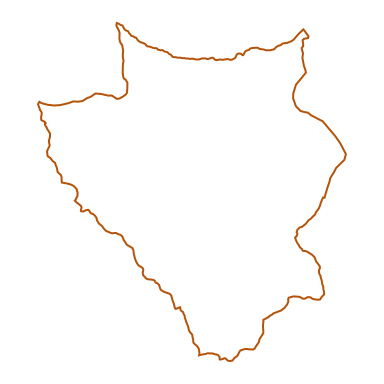 Ura, Bumthang, Bhutan (orthographic projection)
{"feature_id": "84629894B11205688340318", "entity_name": "Ura", "entity_type": "district", "adm_level": 2, "iso_a3": "BTN", "parent_name": "Bhutan", "parent_adm1": "Bumthang", "projection": "orthographic", "projection_center": [90.899, 27.459], "detail": "fine", "context": "isolated", "style": "outline", "palette": "amber", "viewbox_px": 384, "rotation_deg": 0, "n_neighbors": 0, "source": "geoboundaries", "source_scale": "gbopen_adm2", "svg_char_len": 5855}
<svg xmlns="http://www.w3.org/2000/svg" viewBox="0 0 384 384"><path d="M47.1,151.3L47.0,151.9L47.3,153.1L47.4,155.0L47.8,156.3L50.5,158.1L52.6,161.0L55.1,162.8L55.7,165.1L56.6,167.1L57.2,169.1L57.2,170.1L57.5,170.7L57.6,172.1L60.8,174.9L61.6,177.1L61.6,181.2L61.8,182.5L68.0,183.7L71.5,184.8L72.8,185.5L74.1,186.3L75.9,188.4L76.5,188.8L76.8,189.5L76.9,190.7L77.4,191.7L77.6,192.7L77.5,195.7L77.1,196.8L76.4,197.9L75.6,200.0L74.8,200.5L75.2,201.1L76.1,202.0L80.9,205.8L81.5,207.3L81.3,208.7L80.9,209.7L80.9,210.7L81.0,211.2L82.7,211.5L83.6,211.4L86.3,210.1L87.1,209.9L88.2,209.8L88.8,210.2L89.2,210.7L90.6,213.0L91.3,213.5L92.8,213.9L93.5,214.3L95.3,216.1L96.5,217.9L97.0,220.3L98.7,223.3L102.3,226.4L103.7,228.5L105.7,230.6L106.4,231.1L109.0,232.1L110.6,232.9L112.4,233.3L115.3,232.9L116.7,233.3L117.6,233.9L120.5,234.9L121.4,235.6L122.4,236.6L123.9,240.3L125.0,241.8L126.8,244.7L127.4,245.2L129.1,246.0L130.9,247.2L132.4,248.0L133.4,250.2L133.8,253.9L134.6,256.9L134.6,257.6L135.2,259.1L135.9,261.1L137.4,263.8L138.1,264.9L138.7,265.6L141.2,267.0L142.7,268.1L143.3,269.9L143.2,270.8L142.7,272.2L142.8,273.0L143.2,275.1L143.6,275.8L145.0,277.0L145.4,277.5L145.5,278.0L146.6,278.8L148.6,279.4L149.6,279.4L152.8,279.8L154.0,280.2L154.7,280.8L155.2,281.8L155.5,282.4L156.0,282.8L157.4,283.3L158.4,284.3L159.0,284.8L160.3,288.9L161.5,290.5L162.5,290.8L164.0,291.9L168.4,293.3L169.4,293.7L170.4,294.4L171.4,295.9L172.4,299.9L173.7,303.3L174.3,305.5L174.8,307.7L175.5,308.9L176.0,308.9L179.4,307.4L180.2,307.3L180.6,310.0L181.3,310.9L183.0,312.1L183.3,312.6L183.6,314.0L184.6,315.5L184.8,317.8L185.5,319.4L186.4,322.3L188.0,326.2L189.0,330.5L190.2,332.5L192.0,334.4L192.4,335.5L192.6,337.7L193.1,338.9L193.2,341.2L193.5,342.7L195.0,344.4L196.1,345.2L197.1,346.2L198.6,348.4L198.9,349.2L199.4,352.6L199.4,354.3L199.1,355.3L201.2,354.7L205.4,354.0L206.1,353.7L207.8,353.3L212.8,353.5L214.9,354.3L215.9,354.4L217.5,354.8L218.4,355.4L219.6,357.2L219.6,359.1L220.0,359.6L222.6,359.1L223.1,358.9L223.5,358.5L224.3,358.3L224.8,358.3L225.5,358.4L227.3,360.2L228.2,360.7L229.6,361.0L232.3,360.6L232.8,360.2L234.5,357.8L236.6,356.5L237.4,355.8L239.7,351.3L240.7,350.3L241.8,349.9L243.3,349.5L244.6,349.1L246.7,349.0L248.7,349.3L253.2,349.5L254.1,349.0L255.2,347.9L255.7,346.7L258.8,342.2L259.1,341.3L259.3,339.9L260.4,337.7L262.1,335.2L263.3,333.0L263.3,330.6L263.0,327.0L263.0,325.1L263.3,322.8L263.4,319.8L268.5,317.1L269.9,315.7L271.7,314.9L273.6,313.3L281.1,310.5L284.4,308.0L287.2,304.4L288.4,301.4L288.1,298.9L289.0,297.6L293.5,296.4L299.3,296.8L301.8,298.0L302.6,298.6L304.7,298.7L307.8,297.1L309.6,297.2L311.0,297.6L312.2,298.7L313.5,299.1L315.4,299.5L318.4,299.7L319.5,299.6L320.2,299.4L321.4,297.3L324.1,294.4L324.1,292.5L323.4,289.3L323.3,287.1L322.4,284.6L321.5,279.6L320.6,277.4L320.6,275.9L319.6,274.4L319.1,273.0L318.9,270.3L319.9,268.2L319.9,267.2L319.6,266.0L316.2,261.5L315.5,260.0L315.1,258.3L314.5,257.2L313.2,255.8L311.8,254.6L306.7,251.4L304.6,251.0L303.0,250.9L302.6,250.4L301.7,248.8L300.0,247.4L298.4,244.5L296.9,242.4L295.4,238.7L295.1,237.5L296.0,236.8L296.8,235.8L297.3,234.5L297.3,233.3L296.6,232.1L297.5,229.7L299.7,227.5L302.0,226.8L305.5,224.1L308.8,220.0L310.9,218.7L312.9,216.5L315.1,214.5L315.9,212.4L318.9,208.3L320.4,204.5L320.7,202.8L321.2,201.9L322.0,199.8L323.1,197.5L324.5,197.7L327.1,188.6L329.3,182.3L330.4,177.8L333.9,172.3L336.1,168.0L344.4,159.8L345.9,154.1L340.2,143.2L335.3,136.2L322.7,121.3L311.1,115.3L307.8,112.6L304.5,112.1L300.4,110.9L295.9,106.2L293.1,98.3L293.3,93.4L296.0,84.6L299.5,80.5L305.9,72.6L305.5,70.3L303.9,65.8L302.4,57.8L303.0,53.3L301.6,48.1L303.1,46.3L303.2,44.1L302.6,40.3L303.8,38.9L308.1,38.0L308.5,36.3L304.8,31.2L303.4,29.4L298.7,33.8L293.8,39.5L292.5,40.5L291.0,41.4L286.8,43.0L283.7,43.3L282.6,43.5L280.8,45.1L278.8,45.6L276.3,46.9L274.6,48.8L273.7,49.4L272.8,49.7L270.8,50.0L270.2,50.4L268.6,50.2L266.9,50.3L266.3,50.3L263.7,49.5L259.4,48.9L258.0,47.9L257.3,47.7L253.4,47.9L251.5,48.2L250.1,48.6L249.0,49.8L246.5,50.7L245.6,51.1L244.8,52.1L243.5,54.7L243.1,55.1L242.5,55.2L241.5,54.2L240.6,53.7L238.9,53.5L238.4,53.6L237.4,54.0L236.9,54.4L236.4,55.3L235.4,57.5L235.0,58.0L232.7,59.4L230.4,59.9L229.9,59.8L228.6,59.2L227.1,59.1L222.7,59.8L219.8,59.5L216.5,60.2L216.0,60.1L215.1,59.8L213.6,58.2L212.5,57.7L211.3,57.9L209.1,58.7L208.0,59.0L206.9,58.9L205.2,58.3L203.9,58.5L201.6,58.4L200.4,59.1L198.4,59.5L195.6,59.4L193.7,58.8L192.6,58.7L190.0,58.9L187.8,58.5L186.2,58.5L184.7,58.2L181.9,58.1L180.4,57.7L177.6,57.7L175.7,57.2L173.2,57.1L172.6,56.8L172.2,56.4L171.2,55.0L169.1,53.9L167.8,52.5L167.3,52.2L164.7,51.5L164.0,51.2L162.8,50.2L162.3,50.1L160.9,50.3L158.1,49.7L156.8,48.4L155.8,48.1L154.7,48.2L153.2,47.9L149.9,46.7L147.3,46.3L146.6,45.8L145.6,44.3L144.8,43.7L143.5,43.3L142.2,42.6L140.7,42.3L140.2,42.1L139.3,41.4L138.4,40.9L137.2,39.4L136.4,38.0L135.7,37.5L135.0,37.5L133.7,36.5L131.6,36.0L131.2,35.7L130.8,35.3L130.0,33.9L129.3,33.4L128.1,31.3L127.4,30.9L125.8,30.4L124.2,28.9L122.7,25.9L122.0,25.3L120.6,25.0L118.9,23.8L116.8,23.0L116.4,24.9L116.7,26.5L118.9,30.6L119.6,33.1L119.4,38.4L119.8,41.1L120.7,43.3L122.2,45.0L122.7,48.4L123.2,50.7L122.8,54.1L122.9,57.9L123.5,60.4L122.8,65.8L122.7,72.3L123.1,76.0L123.8,78.4L125.7,79.8L127.4,82.7L127.3,88.7L126.9,92.9L125.8,94.5L123.0,96.5L119.5,98.5L117.0,98.9L111.7,95.5L108.1,95.6L101.4,94.0L96.9,93.6L94.9,93.7L92.1,95.9L89.8,97.2L87.3,98.0L82.4,101.1L77.9,101.7L73.3,101.4L68.4,103.2L60.1,105.1L53.9,105.5L47.8,104.8L41.4,103.1L39.4,101.8L38.1,103.9L38.1,104.6L39.6,108.5L39.9,109.8L40.2,110.3L41.0,111.3L41.6,112.4L41.7,113.0L41.6,115.0L41.2,116.3L41.1,116.9L41.2,119.6L41.4,120.1L43.9,121.4L45.0,122.2L45.4,122.5L45.6,123.3L45.0,123.6L45.0,124.6L45.5,125.8L46.6,127.3L47.2,128.9L49.2,132.1L50.1,133.7L49.9,137.3L49.2,139.5L48.9,141.2L49.1,142.7L49.7,145.5L47.6,149.9L47.1,151.3Z" fill="none" stroke="#b45309" stroke-width="2"/></svg>